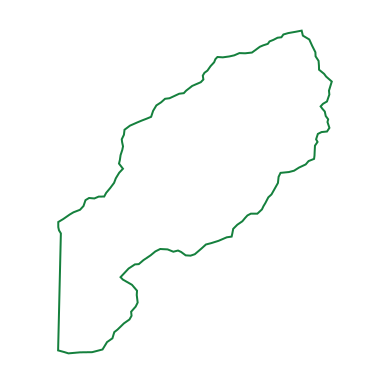 outline of Damianópolis, Goiás, Brazil, rotated 83°
{"feature_id": "56859067B27804700645392", "entity_name": "Damianópolis", "entity_type": "district", "adm_level": 2, "iso_a3": "BRA", "parent_name": "Brazil", "parent_adm1": "Goiás", "projection": "equal_earth", "projection_center": [-46.199, -14.556], "detail": "fine", "context": "isolated", "style": "outline", "palette": "green", "viewbox_px": 384, "rotation_deg": 83, "n_neighbors": 0, "source": "geoboundaries", "source_scale": "gbopen_adm2", "svg_char_len": 2044}
<svg xmlns="http://www.w3.org/2000/svg" viewBox="0 0 384 384"><g transform="rotate(83 192 192)"><path d="M337.1,334.3L337.5,322.6L338.8,310.6L337.4,300.0L330.6,294.6L327.5,288.8L321.6,286.2L319.5,282.7L314.1,275.6L310.9,269.6L307.5,267.1L303.4,267.0L298.9,261.9L295.1,259.4L287.5,259.4L283.3,258.6L276.8,262.9L270.5,271.3L267.8,273.3L260.2,264.2L256.9,257.5L257.1,253.6L253.7,248.5L249.8,240.8L246.5,235.6L244.7,230.5L246.0,223.2L249.0,217.8L248.4,213.0L250.2,210.1L254.1,206.0L255.0,201.2L254.1,196.8L249.2,189.4L245.8,184.6L245.1,179.2L243.7,171.6L241.2,163.0L241.1,158.1L238.0,157.0L233.6,155.6L230.0,151.0L227.2,145.6L224.1,142.3L222.0,139.8L220.7,136.3L221.5,129.8L217.8,124.7L214.8,122.8L212.0,120.6L206.6,116.9L204.1,113.4L193.5,105.6L187.5,104.2L183.8,101.8L184.0,93.4L183.3,88.1L180.8,82.8L178.5,75.8L175.5,72.5L174.0,66.8L170.9,66.0L167.3,65.4L161.0,64.3L157.6,61.3L154.8,62.4L149.7,60.0L148.3,56.1L148.4,50.6L145.1,47.8L139.1,49.0L136.4,48.0L132.9,50.0L128.3,50.4L125.2,52.5L122.7,53.9L120.4,51.2L118.6,47.0L112.0,43.8L108.1,43.7L99.4,39.8L93.8,44.8L90.8,46.5L86.1,51.0L81.9,50.6L77.3,50.4L72.4,52.8L68.3,52.5L61.6,54.9L54.9,57.0L50.3,62.9L45.2,63.5L45.6,69.5L46.0,77.1L46.8,82.1L49.3,84.4L49.3,88.3L50.9,92.6L52.0,96.7L54.2,98.7L55.1,103.4L56.1,106.9L60.9,115.5L60.8,122.4L59.9,128.0L61.5,133.4L62.0,138.4L62.1,145.0L61.1,150.3L63.0,152.6L65.9,154.2L69.4,158.3L73.4,161.9L75.2,165.1L77.8,167.1L81.7,167.0L84.1,169.9L86.7,178.8L90.7,185.5L92.9,188.1L92.9,192.7L96.2,202.9L96.2,207.4L99.2,211.7L101.7,216.8L106.7,220.7L112.4,223.4L113.7,228.1L114.9,232.9L116.3,237.9L118.6,245.5L122.0,251.4L126.9,252.6L131.1,255.3L133.9,255.3L138.3,254.9L141.8,256.1L146.7,258.4L151.5,259.7L154.9,261.0L160.5,257.7L164.0,261.9L166.9,264.2L169.2,266.0L173.4,268.2L178.1,272.7L182.4,277.3L185.8,279.7L185.2,285.2L186.5,289.7L185.4,294.9L187.1,298.7L192.7,301.4L196.0,305.3L197.7,312.1L199.4,316.0L203.1,323.0L205.5,328.4L210.6,329.0L213.8,328.7L217.1,327.2L332.9,344.2L335.3,338.3L337.1,334.3Z" fill="none" stroke="#15803d" stroke-width="2"/></g></svg>